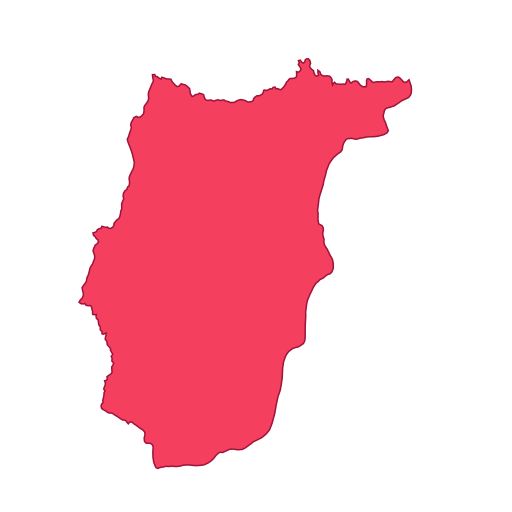 outline of Santa Vitória, Minas Gerais, Brazil, rotated 170°
{"feature_id": "56859067B64714034582916", "entity_name": "Santa Vitória", "entity_type": "district", "adm_level": 2, "iso_a3": "BRA", "parent_name": "Brazil", "parent_adm1": "Minas Gerais", "projection": "equal_earth", "projection_center": [-50.287, -18.979], "detail": "fine", "context": "isolated", "style": "filled", "palette": "rose", "viewbox_px": 512, "rotation_deg": 170, "n_neighbors": 0, "source": "geoboundaries", "source_scale": "gbopen_adm2", "svg_char_len": 6094}
<svg xmlns="http://www.w3.org/2000/svg" viewBox="0 0 512 512"><g transform="rotate(170 256 256)"><path d="M324.2,452.3L326.5,452.6L326.7,449.5L326.6,447.0L327.2,445.2L328.3,444.0L333.3,436.1L334.1,433.4L334.2,430.5L335.0,428.2L336.7,426.0L338.3,424.6L339.8,423.1L340.6,421.6L340.8,419.6L341.4,417.3L342.2,415.5L345.4,413.1L347.7,412.9L349.6,414.3L350.9,414.0L352.5,413.3L353.8,411.3L355.6,409.3L356.7,406.7L356.4,404.6L357.0,402.7L359.4,398.6L360.4,396.4L361.4,394.8L362.5,393.5L362.3,390.5L360.7,382.6L360.1,378.3L359.6,369.6L360.6,365.7L361.7,363.4L364.9,359.1L366.0,357.6L367.1,355.7L367.6,354.0L367.6,352.1L367.9,349.7L368.8,347.2L370.6,346.1L371.5,344.2L373.9,342.8L375.5,341.0L376.5,338.2L376.4,335.2L379.2,331.0L380.1,325.5L381.2,324.1L382.0,321.6L383.1,318.9L384.5,316.7L386.7,315.8L388.3,314.3L390.1,313.0L390.7,310.8L392.2,309.1L394.3,308.5L396.3,308.8L397.2,310.3L398.8,310.3L400.6,311.0L402.5,312.0L404.0,310.1L406.0,310.1L407.6,309.5L408.9,307.8L410.7,307.2L412.5,307.1L412.4,304.4L411.0,303.0L410.3,301.0L408.9,299.3L408.7,297.3L410.4,295.6L412.4,294.7L414.6,291.5L415.6,289.3L414.9,284.7L415.1,282.4L415.9,280.6L417.0,279.0L418.1,276.8L420.8,274.0L421.7,272.6L423.5,268.4L424.6,266.2L426.1,264.3L427.4,260.7L428.7,259.1L431.2,256.7L432.8,255.0L432.8,251.9L432.6,249.8L432.7,247.9L433.5,246.1L434.7,244.5L436.7,243.2L438.3,241.2L436.6,239.4L434.6,238.8L432.9,238.9L432.0,237.1L429.9,236.1L427.9,236.1L426.9,234.7L426.8,232.4L426.6,229.7L427.0,226.9L425.4,226.2L423.4,226.1L424.0,224.3L424.0,222.1L422.6,220.7L422.8,215.6L421.7,213.2L422.2,210.4L420.8,208.2L421.2,206.1L419.9,205.5L416.9,206.1L417.5,203.9L418.4,202.1L419.0,200.1L417.7,198.0L417.9,194.5L416.4,192.1L415.4,190.2L415.7,188.4L414.1,184.1L416.0,182.3L415.5,180.0L416.2,177.7L414.8,175.1L416.0,173.3L417.4,171.8L418.0,166.3L419.6,164.9L422.3,163.8L423.8,162.9L423.8,160.4L425.1,159.6L426.8,159.4L426.4,157.0L426.9,155.1L427.9,153.6L429.1,151.4L428.1,149.2L429.3,147.9L429.9,145.5L430.9,142.7L432.0,140.6L432.0,138.2L433.8,137.0L434.7,134.9L434.5,132.7L433.1,131.2L431.1,129.6L429.6,128.1L428.1,126.9L426.3,126.6L424.9,126.0L423.6,125.0L422.1,123.3L420.6,122.2L417.3,118.9L415.7,117.6L414.2,117.3L413.0,116.7L412.0,114.7L410.9,112.9L409.6,114.1L407.9,114.5L406.3,113.1L405.1,111.6L403.8,110.5L399.6,106.0L397.5,104.2L396.2,102.0L396.3,99.4L397.0,97.7L397.8,96.1L398.0,92.9L396.9,90.9L395.5,90.4L393.5,90.2L391.6,89.0L390.7,87.8L390.5,85.4L391.5,81.5L391.9,79.1L392.4,75.8L392.5,73.1L392.5,70.8L391.9,67.3L391.2,64.9L389.5,63.8L387.9,64.3L385.9,64.4L383.2,64.3L381.5,64.6L377.6,63.7L375.6,63.7L371.3,62.5L367.2,62.3L363.8,62.6L361.5,62.4L358.1,61.8L353.0,60.3L350.2,59.8L346.2,59.4L343.1,59.4L338.8,60.6L335.8,62.0L332.8,64.0L330.1,66.5L327.1,68.6L325.3,68.9L323.0,68.3L316.1,70.1L314.8,70.2L312.1,69.8L307.4,68.3L303.1,67.9L299.8,68.9L293.9,71.8L290.9,73.5L285.9,74.9L281.7,76.2L277.0,78.9L273.1,82.2L270.6,86.1L269.1,88.7L264.9,97.6L261.8,106.3L258.8,113.6L255.5,119.5L253.6,124.6L251.3,131.6L249.3,140.7L247.2,147.0L244.7,151.5L243.3,153.4L241.5,155.3L239.8,156.6L236.0,158.5L232.4,159.1L230.3,159.1L228.1,159.9L224.6,161.5L223.5,162.8L222.4,164.8L221.7,167.4L219.7,178.5L217.5,187.9L216.8,192.3L214.2,200.6L213.1,203.2L210.1,208.0L204.9,215.3L201.6,218.8L199.3,220.0L197.2,221.6L193.9,222.5L189.9,224.8L187.9,225.5L186.4,225.5L184.1,227.0L182.7,229.2L181.9,231.0L181.2,235.4L181.3,239.3L183.0,244.3L184.7,250.3L186.5,254.5L186.8,257.5L186.1,260.9L186.5,264.1L186.3,266.8L185.2,269.7L184.9,272.1L185.6,274.3L188.7,276.8L188.6,281.3L187.5,286.9L187.4,290.6L186.2,294.1L184.1,301.3L182.5,304.9L177.5,314.4L176.1,318.4L173.5,323.6L171.9,327.6L168.5,333.3L166.6,335.6L162.8,339.3L158.1,342.2L154.6,343.8L152.8,345.5L151.1,350.1L149.5,352.7L146.8,355.3L145.1,355.6L141.6,355.3L137.5,353.7L135.1,353.6L133.3,354.0L129.2,353.8L126.9,354.0L123.4,353.7L119.1,353.0L114.9,352.8L109.1,353.3L105.7,354.5L103.9,356.4L104.8,361.2L105.3,364.8L106.2,368.1L106.5,371.8L104.1,377.2L102.5,378.7L100.8,379.1L98.8,379.1L93.6,379.9L88.2,382.3L85.6,383.6L78.3,385.5L75.9,387.6L74.8,389.6L73.9,393.2L73.7,396.4L74.7,403.0L75.9,402.1L77.6,401.1L80.2,401.5L82.9,405.7L84.2,407.2L85.6,407.7L87.5,407.4L89.8,405.6L91.6,403.9L96.0,405.2L97.6,405.0L99.5,405.1L101.5,405.9L104.1,406.0L105.9,406.5L107.7,406.7L109.5,406.4L111.2,407.2L113.4,410.2L114.4,411.2L115.8,411.1L116.7,409.6L117.0,407.3L117.4,405.6L118.2,403.6L121.3,404.1L122.5,405.1L123.7,406.4L125.7,410.2L127.8,411.2L130.0,411.0L131.4,410.3L132.7,409.9L133.7,412.0L134.3,414.1L135.6,414.4L136.2,412.7L137.3,410.9L138.6,409.6L140.2,410.2L142.0,410.3L145.7,411.1L147.3,411.7L148.5,413.5L149.8,412.5L150.8,411.1L151.0,413.9L150.5,416.4L151.0,418.4L152.3,420.3L154.5,421.1L156.5,421.2L158.2,421.6L160.5,423.2L161.1,426.4L162.8,428.2L163.2,425.6L163.1,422.9L165.1,422.5L166.6,424.1L167.1,426.2L167.2,428.6L168.6,430.0L170.1,432.1L170.0,434.5L168.8,436.3L169.0,439.2L170.1,441.1L171.8,441.4L173.4,440.7L174.3,438.7L175.8,437.7L177.3,438.9L178.4,441.2L180.3,441.0L179.9,438.6L181.1,437.2L179.9,434.7L179.2,432.2L180.5,430.6L182.1,429.6L184.1,430.6L184.5,427.1L185.4,425.1L187.2,424.4L189.8,424.6L191.5,424.9L193.0,424.2L194.2,422.9L195.8,421.9L196.8,420.4L198.2,418.8L199.4,417.6L201.4,416.2L203.1,415.4L205.5,417.0L207.3,417.1L207.8,419.0L209.8,419.1L211.4,417.6L212.8,418.3L216.7,417.1L218.2,417.9L219.7,417.8L220.3,416.2L221.6,414.4L224.5,413.3L227.5,413.6L229.5,412.6L231.0,411.5L231.6,409.8L233.3,408.8L237.2,409.0L239.8,411.1L243.4,412.6L245.2,412.7L247.8,412.2L249.9,411.3L251.5,411.1L253.2,411.5L254.6,411.5L255.9,412.6L259.4,414.1L260.4,415.3L264.5,415.4L266.1,416.4L268.5,416.4L270.1,415.7L271.9,416.6L273.1,417.4L274.5,417.6L276.2,417.6L277.8,418.0L278.8,419.3L279.4,421.5L279.6,424.0L281.4,425.2L283.6,426.2L285.0,425.3L286.5,425.5L288.1,425.3L289.5,424.4L291.2,424.1L292.5,427.5L292.3,429.9L292.3,432.3L293.4,433.9L294.7,435.5L296.1,436.9L298.2,437.7L299.6,438.7L302.4,436.6L304.5,436.6L306.4,439.0L308.5,442.5L309.1,444.9L313.7,446.1L315.7,447.4L317.7,448.4L318.7,446.7L320.6,448.0L322.0,449.7L323.7,450.4L324.2,452.3Z" fill="#f43f5e" stroke="#9f1239" stroke-width="1.5"/></g></svg>